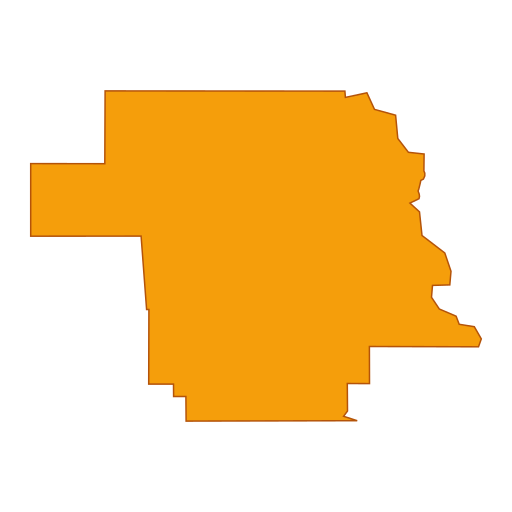 outline of Greer, Oklahoma, United States of America
{"feature_id": "52423323B82267660013487", "entity_name": "Greer", "entity_type": "district", "adm_level": 2, "iso_a3": "USA", "parent_name": "United States of America", "parent_adm1": "Oklahoma", "projection": "robinson", "projection_center": [-99.448, 34.921], "detail": "fine", "context": "isolated", "style": "filled", "palette": "amber", "viewbox_px": 512, "rotation_deg": 0, "n_neighbors": 0, "source": "geoboundaries", "source_scale": "gbopen_adm2", "svg_char_len": 749}
<svg xmlns="http://www.w3.org/2000/svg" viewBox="0 0 512 512"><path d="M30.7,163.6L30.7,236.2L141.1,236.1L146.6,309.5L148.9,309.5L148.7,384.1L173.5,384.1L173.6,396.5L185.9,396.5L186.1,421.1L357.2,420.7L343.6,416.3L347.5,411.0L347.3,383.5L369.5,383.6L369.4,346.5L478.5,346.8L481.3,338.9L474.3,326.7L459.2,324.3L456.1,316.2L439.3,309.0L431.5,297.3L432.5,285.4L449.8,284.9L451.0,271.3L444.8,253.0L422.0,235.5L419.5,211.9L409.9,203.1L419.0,198.7L419.5,196.4L419.2,194.1L418.1,191.0L418.8,189.0L420.3,182.9L420.8,180.4L423.4,179.1L424.8,175.9L424.8,173.1L423.9,171.0L424.1,154.0L408.4,152.3L397.8,138.5L395.6,115.2L374.5,109.4L366.9,92.8L345.4,97.4L344.9,91.1L105.1,90.9L104.8,163.7L30.7,163.6Z" fill="#f59e0b" stroke="#b45309" stroke-width="1.5"/></svg>